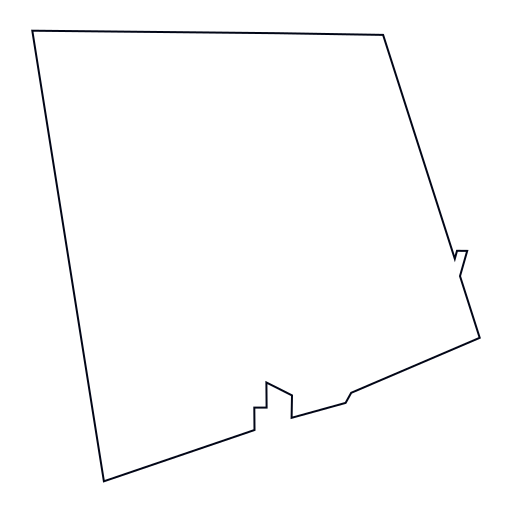 outline of Heard, Georgia, United States of America
{"feature_id": "52423323B5614253724066", "entity_name": "Heard", "entity_type": "district", "adm_level": 2, "iso_a3": "USA", "parent_name": "United States of America", "parent_adm1": "Georgia", "projection": "albers", "projection_center": [-85.075, 33.279], "detail": "fine", "context": "isolated", "style": "outline", "palette": "ink", "viewbox_px": 512, "rotation_deg": 0, "n_neighbors": 0, "source": "geoboundaries", "source_scale": "gbopen_adm2", "svg_char_len": 339}
<svg xmlns="http://www.w3.org/2000/svg" viewBox="0 0 512 512"><path d="M103.9,481.3L254.5,430.0L254.3,407.6L266.6,407.6L266.4,382.5L292.0,395.4L291.6,417.8L345.6,402.9L351.2,392.8L479.7,337.8L460.0,276.1L467.2,250.9L457.0,250.8L454.8,258.8L383.1,34.9L277.7,33.2L32.3,30.7L103.9,481.3Z" fill="none" stroke="#020617" stroke-width="2"/></svg>